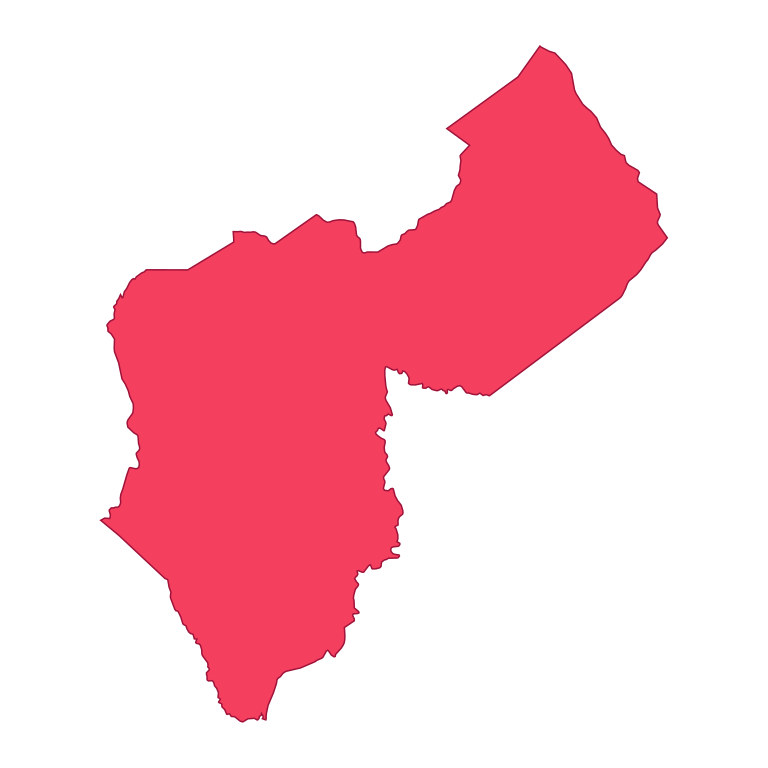 the district of Masaguara, Intibucá, Honduras
{"feature_id": "27666195B25129383511057", "entity_name": "Masaguara", "entity_type": "district", "adm_level": 2, "iso_a3": "HND", "parent_name": "Honduras", "parent_adm1": "Intibucá", "projection": "natural_earth1", "projection_center": [-87.987, 14.384], "detail": "fine", "context": "isolated", "style": "filled", "palette": "rose", "viewbox_px": 768, "rotation_deg": 0, "n_neighbors": 0, "source": "geoboundaries", "source_scale": "gbopen_adm2", "svg_char_len": 6122}
<svg xmlns="http://www.w3.org/2000/svg" viewBox="0 0 768 768"><path d="M539.9,46.1L517.9,77.0L446.8,128.6L469.6,145.3L460.9,154.6L460.1,155.9L460.9,160.7L460.1,166.5L460.0,169.6L458.4,175.4L460.7,179.7L460.6,181.4L459.8,183.8L456.4,186.4L454.3,190.5L451.7,199.9L450.6,201.8L446.4,203.7L444.3,206.1L441.0,207.6L439.4,209.2L434.4,211.1L430.1,213.5L428.0,214.1L418.9,219.3L418.5,220.3L417.6,225.4L415.9,229.1L414.6,229.7L408.9,230.1L407.2,231.2L404.9,233.6L401.8,234.9L401.1,236.0L400.3,239.9L398.3,242.6L396.8,243.9L392.2,244.6L387.9,246.0L377.8,252.1L367.3,252.0L365.0,252.8L363.1,252.8L361.9,251.7L360.5,248.3L360.5,241.4L360.2,239.4L359.6,238.3L358.0,237.1L356.6,235.3L355.6,226.8L354.4,223.4L353.2,221.8L344.2,220.0L339.2,219.8L333.3,220.6L329.2,222.1L327.0,222.2L323.4,220.2L318.5,215.6L316.3,214.7L275.1,243.7L273.6,243.9L271.1,243.1L268.5,240.4L266.7,237.1L264.9,236.1L260.6,235.5L255.6,232.2L253.7,231.8L249.6,232.3L248.1,232.1L244.3,232.4L240.9,231.4L237.6,231.7L233.2,231.6L233.7,238.8L233.7,242.1L187.7,269.9L146.3,269.8L144.2,271.9L141.5,273.0L136.4,276.8L135.0,279.0L133.2,278.7L131.6,279.9L129.5,282.8L126.7,288.5L124.4,291.6L122.9,297.4L122.1,297.7L120.5,294.6L118.8,298.5L116.8,301.3L116.7,303.7L113.8,306.4L113.7,307.1L115.0,309.7L114.1,313.9L114.4,318.4L113.6,319.4L110.0,321.2L107.3,324.4L106.9,325.5L107.8,327.7L108.0,331.3L111.1,333.8L114.5,339.0L114.2,348.4L114.5,351.8L118.6,362.7L122.0,378.9L125.3,384.1L128.3,390.8L129.8,396.5L133.2,403.8L133.4,408.0L132.9,412.4L132.0,414.2L128.1,419.6L127.3,421.6L127.1,423.3L127.9,427.2L133.7,432.7L137.3,434.9L138.0,436.1L138.6,443.9L139.4,446.2L139.7,448.6L139.1,450.2L136.5,453.0L136.2,453.9L137.1,457.5L139.1,461.8L139.3,464.8L138.7,467.3L137.4,468.5L135.4,468.7L130.3,467.6L129.6,467.8L129.1,468.5L126.8,475.0L122.7,489.3L120.8,494.4L120.3,498.2L120.7,502.3L120.2,504.3L119.4,505.9L118.0,507.2L115.3,507.2L114.0,507.9L111.3,507.9L109.4,509.8L109.2,510.8L110.4,514.8L110.1,517.2L109.6,518.5L104.7,518.1L100.7,520.3L118.8,535.3L165.1,578.6L166.8,579.1L167.8,579.9L169.1,587.2L170.9,592.1L170.4,596.5L170.6,598.1L174.7,609.0L175.7,610.6L177.8,611.2L178.4,612.0L180.9,617.3L182.8,623.6L183.5,624.5L185.9,625.7L186.9,628.7L188.6,631.8L190.6,633.6L192.1,633.9L193.2,634.6L194.3,638.9L196.9,639.0L195.8,641.9L195.8,642.8L196.7,643.4L199.2,644.0L200.3,645.1L201.6,649.3L202.0,654.6L203.0,656.4L207.7,662.7L208.0,665.0L207.8,666.9L208.8,668.0L209.3,669.2L209.2,669.9L206.5,672.8L206.5,674.4L207.1,676.5L207.0,678.9L207.3,680.1L208.4,680.9L212.3,680.7L213.3,681.8L214.1,683.7L214.5,685.7L216.7,688.3L218.5,692.8L218.0,697.1L218.3,697.7L219.6,698.4L220.3,699.5L218.7,701.7L218.6,702.2L219.3,702.8L220.9,703.4L221.7,704.0L222.0,706.9L224.7,709.6L226.7,714.2L227.5,714.4L228.5,713.9L229.6,713.9L231.3,716.5L234.6,716.7L240.3,721.2L242.8,721.9L248.0,718.8L254.3,718.3L257.1,719.9L257.7,719.9L258.9,718.6L259.5,716.4L261.4,715.1L261.5,713.6L263.0,715.8L263.1,717.4L262.4,718.7L265.8,719.9L266.2,718.7L266.1,716.4L266.5,712.8L268.1,705.3L273.4,692.8L276.4,683.7L277.0,679.8L277.9,678.4L280.3,676.7L282.9,673.4L284.8,672.0L286.6,671.2L300.6,667.9L314.6,661.9L317.1,660.2L321.6,658.3L322.9,657.3L326.3,651.2L327.5,650.3L328.2,650.5L331.4,655.1L334.0,656.8L335.2,656.5L335.6,654.4L341.1,648.3L342.9,645.6L344.1,643.1L344.7,640.2L344.9,636.1L344.4,627.5L354.3,620.8L354.3,619.0L352.7,615.6L352.8,614.6L353.2,613.9L357.8,613.5L359.0,612.8L358.9,612.1L358.2,611.2L354.3,607.9L354.0,600.4L353.4,598.1L353.8,594.9L355.4,589.2L357.9,586.1L358.5,584.8L358.2,583.6L356.8,582.2L354.7,578.8L355.4,577.3L357.0,575.8L357.7,574.4L357.8,573.7L357.2,571.9L357.3,570.9L358.5,570.7L362.1,572.2L363.7,572.2L368.4,566.0L369.9,564.8L370.6,565.1L371.9,568.6L372.4,568.9L375.9,568.8L379.7,567.8L381.0,566.6L381.6,562.0L384.7,559.8L386.5,559.5L387.9,558.5L388.9,558.2L397.5,558.0L398.3,557.6L399.4,556.2L399.4,555.6L399.1,555.0L394.5,554.3L392.7,553.5L391.2,551.6L390.7,549.8L391.1,548.3L391.9,547.3L393.7,546.8L398.3,546.3L399.3,545.5L399.9,544.3L399.8,543.3L397.1,541.7L397.9,538.7L397.8,534.7L396.1,528.9L394.9,527.1L395.4,526.4L398.1,524.9L398.0,520.8L398.3,518.8L399.6,516.6L402.6,514.2L403.0,512.8L402.8,510.6L401.2,505.2L397.6,500.6L395.1,496.0L393.3,488.9L392.4,488.4L390.9,488.7L388.2,490.8L384.7,490.3L383.6,489.1L383.5,487.9L384.9,482.4L384.7,480.9L383.7,478.8L383.6,476.8L389.2,469.7L389.6,468.3L388.8,465.8L386.6,462.2L386.1,460.7L386.1,459.5L387.1,457.8L387.6,456.3L386.7,454.3L385.1,452.7L384.5,450.6L384.2,447.5L385.2,442.0L385.0,440.5L384.2,439.6L380.9,438.0L378.2,436.0L376.1,434.1L375.5,432.7L375.8,432.1L377.4,430.6L378.2,428.6L379.1,428.0L381.3,428.9L383.6,430.7L384.3,430.6L386.0,423.7L385.7,422.1L384.1,419.0L384.6,416.0L386.6,415.6L388.2,414.0L391.2,415.6L392.0,415.5L392.4,414.8L390.3,407.7L386.0,400.4L385.3,398.2L385.4,396.7L387.4,391.9L386.4,388.7L385.8,385.7L384.8,375.3L384.8,370.1L385.5,367.0L386.4,366.7L387.4,367.0L392.2,369.6L394.2,370.2L397.1,369.3L398.5,372.7L399.6,373.7L401.8,373.4L402.8,371.0L404.6,371.5L406.7,373.6L408.6,376.9L409.1,378.9L408.5,383.1L409.4,384.2L410.7,384.8L415.4,384.9L422.2,383.5L422.8,384.7L422.5,387.6L423.1,388.1L425.8,388.2L427.9,386.9L428.7,386.8L432.1,389.5L436.7,390.7L438.1,390.5L440.8,389.2L441.8,389.1L443.0,390.4L445.0,391.2L445.9,393.3L446.6,393.6L447.4,392.9L447.3,390.1L447.7,389.6L448.5,389.5L450.5,390.5L451.5,390.4L452.5,389.8L453.2,388.9L457.4,386.2L460.0,385.7L461.8,386.8L466.4,392.9L469.2,393.1L472.2,394.2L476.1,394.7L477.6,394.5L479.0,393.5L480.0,393.2L483.1,395.5L486.2,394.6L489.4,395.8L619.6,298.2L621.1,296.8L622.5,294.7L625.6,288.4L627.3,283.7L629.0,280.9L636.3,274.9L638.5,272.5L641.0,269.5L646.0,261.8L647.8,259.8L650.6,254.6L652.2,252.6L655.7,250.1L662.5,244.0L667.3,237.8L658.4,225.2L657.4,222.9L657.7,220.9L659.8,216.2L660.2,214.5L657.5,207.9L656.7,194.1L638.1,181.7L637.5,178.4L639.4,172.6L638.0,170.5L628.8,165.2L626.0,162.5L624.4,155.6L620.9,154.3L616.5,150.5L611.6,145.1L608.7,138.5L605.4,133.3L600.5,127.2L596.6,117.9L590.8,111.2L587.5,108.6L582.8,104.3L576.0,93.5L574.5,89.9L571.5,73.3L565.8,64.7L555.0,53.1L549.2,51.3L540.9,47.0L539.9,46.1Z" fill="#f43f5e" stroke="#9f1239" stroke-width="1.5"/></svg>